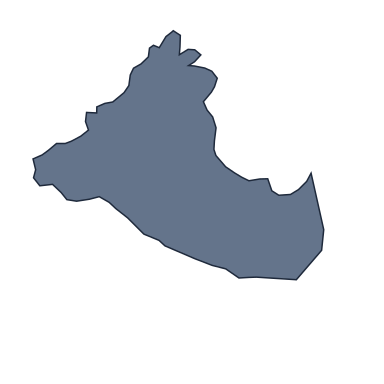 outline of Sanida, Limassol, Cyprus, rotated 315°
{"feature_id": "46923920B87246045221167", "entity_name": "Sanida", "entity_type": "district", "adm_level": 2, "iso_a3": "CYP", "parent_name": "Cyprus", "parent_adm1": "Limassol", "projection": "robinson", "projection_center": [33.193, 34.798], "detail": "fine", "context": "isolated", "style": "filled", "palette": "slate", "viewbox_px": 384, "rotation_deg": 315, "n_neighbors": 0, "source": "geoboundaries", "source_scale": "gbopen_adm2", "svg_char_len": 1195}
<svg xmlns="http://www.w3.org/2000/svg" viewBox="0 0 384 384"><g transform="rotate(315 192 192)"><path d="M184.9,64.5L180.5,68.7L173.7,61.2L166.5,66.9L162.6,75.0L152.9,73.9L142.4,70.7L142.2,70.6L136.7,68.1L130.5,61.9L120.0,61.0L112.2,59.8L103.0,56.2L97.2,65.7L90.0,69.9L88.8,80.0L98.8,88.0L99.1,99.9L98.1,108.9L103.9,116.9L114.4,124.6L123.1,129.7L126.1,140.7L126.4,149.9L128.2,164.8L128.2,176.4L128.2,187.7L128.5,188.5L134.5,202.9L134.8,211.0L146.9,241.3L154.4,258.2L161.5,270.2L164.4,286.0L171.7,292.5L177.3,297.7L202.7,326.6L203.7,327.8L241.0,325.0L242.4,324.9L258.5,311.8L289.5,262.9L280.6,265.6L269.0,265.6L259.9,263.4L251.1,255.7L249.3,247.6L254.9,236.2L249.1,230.7L240.2,224.3L237.6,216.7L235.6,208.6L233.6,198.0L234.7,183.1L237.6,177.4L244.0,171.7L254.4,163.6L259.7,153.5L260.6,144.7L263.9,136.2L276.3,135.1L282.3,133.5L290.3,129.4L291.4,120.6L288.7,113.4L282.8,104.6L279.0,100.2L285.9,101.7L295.2,101.3L294.5,93.4L290.1,88.4L280.1,86.0L286.1,80.9L294.5,73.0L292.8,64.7L290.7,64.6L283.5,63.7L270.9,66.8L268.5,61.0L263.7,60.2L256.7,65.6L246.5,65.4L238.2,63.1L231.1,65.6L222.6,72.1L214.2,73.7L199.6,72.3L193.0,67.7L184.9,64.5Z" fill="#64748b" stroke="#1e293b" stroke-width="1.5"/></g></svg>